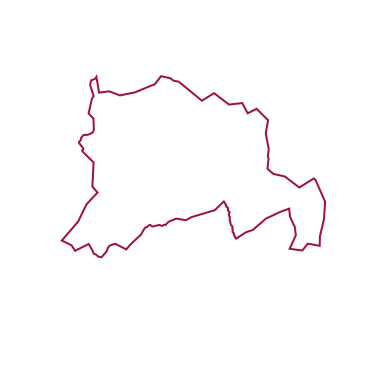 Jargalant, Bayanhongor, Mongolia, rotated 295°
{"feature_id": "93677404B5614508101820", "entity_name": "Jargalant", "entity_type": "district", "adm_level": 2, "iso_a3": "MNG", "parent_name": "Mongolia", "parent_adm1": "Bayanhongor", "projection": "robinson", "projection_center": [99.427, 47.134], "detail": "fine", "context": "isolated", "style": "outline", "palette": "rose", "viewbox_px": 384, "rotation_deg": 295, "n_neighbors": 0, "source": "geoboundaries", "source_scale": "gbopen_adm2", "svg_char_len": 3667}
<svg xmlns="http://www.w3.org/2000/svg" viewBox="0 0 384 384"><g transform="rotate(295 192 192)"><path d="M256.0,56.7L254.2,56.5L253.3,56.0L250.6,53.5L249.4,53.6L247.4,54.1L246.3,54.3L245.4,55.0L244.8,55.4L244.5,55.7L244.0,56.2L243.6,56.5L242.9,57.2L242.1,58.0L241.4,58.7L241.2,58.8L240.4,59.6L240.2,59.7L237.4,62.3L234.1,61.9L219.5,65.1L216.8,71.7L207.0,76.7L204.5,76.9L204.3,76.9L203.7,76.7L203.0,76.2L202.2,75.4L201.4,74.9L200.8,74.4L200.0,73.6L199.4,72.6L198.8,71.5L198.5,70.8L198.3,70.3L197.9,69.8L197.6,69.6L197.1,69.4L195.7,69.0L194.9,68.7L194.4,68.8L193.9,68.8L193.6,68.9L193.3,68.9L192.8,69.1L192.2,69.1L191.8,69.2L191.1,68.9L190.5,68.8L189.9,68.5L189.5,68.5L189.1,68.6L188.8,68.9L188.5,69.2L188.2,70.0L187.7,70.8L187.4,71.6L187.0,72.3L186.5,73.2L186.0,74.2L185.5,74.9L185.1,75.3L184.8,75.4L184.6,75.4L184.4,75.4L184.2,75.3L183.9,75.1L183.6,74.9L183.3,74.8L183.1,75.0L182.4,75.8L177.2,90.3L154.8,99.4L151.6,106.6L136.3,101.6L117.0,101.3L93.0,94.5L92.8,105.3L89.3,110.9L101.2,120.3L96.4,127.2L94.6,128.8L94.7,131.2L93.9,134.5L94.6,137.6L101.8,139.6L106.2,139.4L108.6,140.0L112.6,144.2L112.2,156.7L118.5,158.4L131.9,163.8L137.4,164.2L139.4,164.5L140.4,165.0L141.5,166.2L142.9,166.6L143.9,167.2L144.4,168.0L144.4,168.5L144.3,169.1L144.1,169.7L143.9,170.3L144.0,170.7L145.2,172.3L146.3,173.8L147.9,175.6L148.3,176.4L148.4,177.1L148.4,177.7L148.5,178.6L148.7,179.2L149.0,179.6L149.6,179.8L150.3,180.4L150.5,180.7L150.8,181.2L150.9,181.9L155.2,183.4L161.2,188.9L163.8,198.3L169.1,202.3L180.5,215.1L185.2,220.4L190.5,222.4L196.7,224.7L196.8,224.7L196.9,224.8L196.7,225.2L196.6,225.3L196.4,225.5L196.3,225.8L196.0,226.1L195.9,226.4L195.8,226.6L195.6,226.9L195.4,227.0L195.2,227.3L195.1,227.7L194.8,227.8L194.6,228.0L194.4,228.4L194.3,228.6L194.0,228.6L193.8,228.8L193.6,228.9L193.5,229.1L193.3,229.4L193.2,229.7L193.0,230.1L193.0,230.5L193.1,230.8L192.9,231.1L192.7,231.3L192.3,231.4L192.1,231.5L191.9,231.7L191.8,231.9L191.5,232.1L191.3,232.2L191.1,232.2L190.8,232.1L190.7,232.1L190.6,232.3L190.4,232.6L190.3,232.8L190.2,233.2L190.0,233.4L189.9,233.8L189.8,234.2L189.7,234.4L189.6,234.6L189.3,234.7L188.9,234.8L188.6,234.8L188.3,234.8L188.0,234.7L187.8,234.6L187.6,234.7L187.3,234.9L187.1,235.1L186.8,235.3L186.7,235.4L186.5,235.5L186.2,235.6L186.0,235.8L185.9,236.0L185.8,236.4L185.7,236.7L185.5,236.9L185.0,237.1L184.5,237.1L184.2,237.3L183.4,237.5L182.6,238.0L182.3,238.3L181.8,238.5L181.5,238.8L181.2,239.2L180.8,239.5L180.4,239.8L179.8,240.1L179.3,240.6L178.8,241.0L178.6,241.3L178.2,241.8L178.2,242.0L178.1,242.3L178.2,242.5L178.0,242.9L177.5,243.3L177.2,243.6L176.8,243.8L176.6,244.0L176.2,243.9L176.0,244.0L175.7,244.2L175.6,244.4L175.2,244.5L175.0,244.8L174.8,245.0L174.7,245.1L174.4,245.2L174.1,245.2L173.9,245.3L173.6,245.4L173.5,245.5L173.1,245.6L172.9,245.7L172.7,245.9L172.6,246.3L172.6,246.7L172.5,247.0L172.4,247.1L172.3,247.3L172.0,247.6L171.5,247.8L171.1,247.9L170.8,248.1L170.6,248.3L170.5,248.8L170.4,249.0L170.2,249.1L169.9,249.3L169.7,249.6L169.6,250.0L169.3,250.2L169.0,250.4L168.9,250.6L168.7,250.8L168.6,251.0L168.6,251.3L168.4,251.7L178.3,257.9L183.3,263.2L189.0,265.7L194.2,268.1L198.9,270.1L211.2,280.3L218.0,287.1L211.4,291.0L205.8,297.3L203.7,300.0L196.7,304.4L181.8,304.5L185.6,316.7L194.1,318.8L197.2,330.5L205.8,326.7L223.4,323.0L239.5,316.7L255.1,298.9L255.8,296.7L241.4,287.3L245.3,269.5L242.8,258.2L244.9,250.6L254.8,247.2L256.3,245.6L263.2,243.5L276.2,234.1L289.2,230.6L294.7,215.4L286.9,209.2L293.8,200.0L286.9,188.6L290.9,170.2L278.9,162.4L286.4,133.4L285.1,128.3L285.9,124.3L283.9,115.0L273.7,112.7L271.3,110.2L258.2,98.2L249.1,85.9L248.3,74.5L242.8,65.8L256.0,56.7Z" fill="none" stroke="#9f1239" stroke-width="2"/></g></svg>